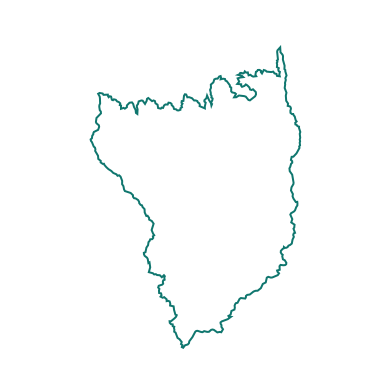 Taguatinga, Tocantins, Brazil (Mercator projection), rotated 278°
{"feature_id": "56859067B84121819426000", "entity_name": "Taguatinga", "entity_type": "district", "adm_level": 2, "iso_a3": "BRA", "parent_name": "Brazil", "parent_adm1": "Tocantins", "projection": "mercator", "projection_center": [-46.525, -12.349], "detail": "fine", "context": "isolated", "style": "outline", "palette": "teal", "viewbox_px": 384, "rotation_deg": 278, "n_neighbors": 0, "source": "geoboundaries", "source_scale": "gbopen_adm2", "svg_char_len": 6039}
<svg xmlns="http://www.w3.org/2000/svg" viewBox="0 0 384 384"><g transform="rotate(278 192 192)"><path d="M137.3,293.4L138.0,291.4L141.0,290.3L142.4,290.6L143.2,289.3L144.5,288.3L146.1,288.2L148.3,289.7L149.0,290.8L150.3,290.7L149.6,291.9L149.9,293.1L150.7,294.3L152.3,295.0L153.2,296.5L154.8,298.0L158.9,298.2L161.7,299.1L163.5,298.2L165.2,298.5L165.9,299.7L169.8,297.6L171.0,298.2L173.9,298.1L175.7,294.5L179.1,295.1L183.3,292.5L184.7,293.0L187.0,295.8L188.3,296.6L191.5,297.3L193.3,298.2L195.4,298.0L196.9,297.6L196.5,296.2L199.6,293.4L201.7,292.2L204.0,292.2L207.3,289.8L210.5,289.9L213.9,291.3L215.3,291.3L223.1,288.8L226.2,285.9L229.0,285.2L230.6,285.8L233.7,286.2L235.0,287.2L236.5,286.9L237.5,285.5L240.7,285.8L241.1,287.5L244.8,290.1L250.6,292.3L252.1,291.8L253.2,292.5L255.8,291.8L257.3,292.0L258.8,291.4L260.8,291.6L264.6,290.6L266.5,290.9L270.2,289.1L271.6,288.9L271.9,287.3L273.0,286.3L273.3,285.0L275.0,284.6L276.4,285.8L277.7,284.6L281.1,283.2L282.0,282.1L283.3,281.4L283.1,280.1L284.1,278.5L286.3,278.1L288.2,278.4L289.6,277.9L290.4,276.9L290.6,274.8L293.0,274.8L295.4,272.6L300.4,271.5L303.5,271.7L307.9,269.3L311.5,269.3L312.9,268.9L316.0,269.3L317.7,268.6L320.5,269.4L324.5,267.6L325.8,267.4L326.6,266.4L330.0,266.1L335.7,263.6L339.3,263.2L340.6,262.5L342.6,260.2L347.5,259.2L344.1,256.9L342.7,256.8L335.0,258.7L334.0,257.8L332.8,258.5L331.6,258.0L330.0,258.6L327.5,258.7L326.7,260.7L325.0,260.4L323.7,261.1L323.2,262.3L320.3,262.1L318.8,262.8L318.8,260.0L320.7,259.2L320.9,257.2L322.5,255.7L321.8,253.8L321.6,249.2L322.5,247.9L322.8,246.1L319.1,244.8L320.3,243.5L321.6,243.5L322.3,241.9L322.0,240.2L320.6,239.6L319.9,238.6L316.9,238.5L315.6,239.5L314.8,236.5L315.3,234.9L316.2,233.6L315.4,231.8L318.2,230.6L317.7,229.1L318.8,227.5L317.2,227.0L316.5,226.0L316.8,224.6L316.6,223.2L315.3,222.7L314.4,221.3L314.2,224.9L312.9,226.8L312.1,223.9L310.9,221.4L307.9,223.4L305.3,221.8L305.5,225.7L304.2,225.8L303.1,226.9L304.4,229.2L306.0,230.3L305.3,231.9L303.5,234.3L301.6,235.2L301.3,236.8L302.2,238.1L299.8,241.3L297.6,241.8L295.6,241.2L290.8,236.6L291.0,235.1L293.9,232.0L294.2,230.4L294.1,225.1L292.0,222.6L291.6,220.5L295.2,221.9L296.0,220.7L296.2,217.9L297.1,216.8L300.9,216.3L301.5,214.9L303.0,214.6L306.6,211.0L306.9,209.7L308.5,208.9L308.5,207.0L307.6,204.7L309.3,204.8L310.8,204.2L310.2,202.9L307.8,201.6L307.5,199.8L306.6,198.4L303.5,197.9L301.0,195.7L297.8,196.3L295.6,195.7L292.5,196.9L291.2,196.9L289.7,198.1L288.3,198.0L287.5,199.4L286.0,199.4L282.6,198.4L285.5,196.0L289.6,193.5L286.9,193.2L284.6,191.5L283.3,191.7L282.4,193.1L278.1,192.8L276.6,193.1L278.1,187.6L279.4,187.6L280.8,186.9L281.6,185.3L282.8,184.6L283.2,182.9L282.9,181.4L284.9,178.9L285.5,175.9L285.1,174.2L287.7,172.7L287.8,171.4L286.2,170.7L281.0,170.8L280.6,169.2L278.9,169.2L278.2,170.3L275.9,169.5L274.6,170.3L273.3,168.9L271.8,169.1L270.9,167.4L270.8,166.0L271.6,164.9L271.7,162.7L273.9,161.6L275.2,159.8L276.4,159.5L277.2,158.2L277.2,156.3L275.2,155.7L275.0,153.5L273.8,152.3L271.2,151.6L271.3,150.2L270.2,149.5L270.4,146.8L273.7,145.7L274.7,143.5L276.9,142.6L277.3,141.2L276.4,139.8L279.0,135.6L278.0,134.5L275.9,134.4L272.7,133.2L275.6,130.4L275.6,129.1L274.3,126.6L271.6,126.3L270.0,125.4L268.7,125.5L266.3,126.6L261.7,127.0L262.5,125.5L265.5,124.7L268.2,122.7L271.0,121.5L272.4,120.1L271.7,117.7L268.7,115.5L266.9,115.7L265.2,113.9L265.8,112.6L264.5,110.1L267.8,109.7L268.0,108.4L269.8,108.6L270.9,107.0L271.3,105.2L272.7,103.7L272.9,101.7L271.9,101.0L272.2,99.8L275.2,98.6L275.4,97.2L274.3,96.3L275.4,95.4L276.7,95.1L275.9,90.8L277.1,89.8L277.2,86.7L276.2,85.4L273.7,87.3L271.9,87.8L266.8,88.7L265.1,88.2L263.5,88.3L260.2,89.3L259.0,90.5L257.2,90.9L252.0,87.1L248.0,87.1L246.8,87.8L245.1,90.5L243.6,91.0L240.5,90.4L237.8,86.5L236.5,86.1L235.2,86.2L234.0,85.4L231.2,85.4L230.0,84.3L228.6,84.8L227.4,86.0L223.3,88.4L222.5,89.7L220.9,90.4L219.2,90.4L214.8,93.9L211.7,94.6L210.1,97.3L208.6,97.4L207.4,99.7L207.7,100.9L206.5,101.6L204.6,103.8L203.0,106.1L201.6,109.2L199.9,111.4L199.0,114.7L197.7,116.0L198.4,117.5L197.3,119.1L193.3,121.3L190.0,121.7L188.2,123.3L185.2,124.3L183.6,125.4L182.5,131.4L180.6,134.0L179.1,134.2L177.8,135.5L177.8,137.1L176.5,139.8L174.9,141.0L173.6,141.3L172.1,142.9L171.8,144.4L170.4,145.0L168.4,147.4L165.2,148.0L161.9,150.1L162.3,151.3L160.4,153.1L158.7,153.4L157.7,156.2L155.3,158.4L148.7,157.3L145.3,159.3L143.9,160.6L142.7,159.4L141.2,160.0L139.8,159.2L139.3,157.2L137.6,156.8L136.3,155.9L133.2,155.9L130.6,154.6L125.9,154.3L125.1,152.8L123.6,153.1L122.2,154.0L120.7,156.6L119.5,157.5L115.6,158.7L116.4,159.7L111.6,161.1L106.6,160.4L106.1,164.6L105.1,166.0L105.6,167.6L104.9,169.0L105.1,171.7L103.4,174.0L105.7,175.8L104.8,176.8L103.3,176.5L101.3,177.1L100.5,175.8L99.0,175.6L97.2,176.2L96.2,175.5L94.5,172.1L92.7,171.8L91.5,173.2L90.0,173.0L87.4,173.5L87.3,175.5L85.5,176.2L84.0,175.4L83.2,177.7L84.0,179.1L82.2,181.8L80.4,182.1L80.9,183.5L80.5,185.1L78.5,186.0L76.5,186.1L76.2,189.7L72.6,190.7L68.3,192.6L67.9,194.0L66.3,193.6L64.6,192.4L61.0,189.1L60.9,187.8L59.3,188.2L58.2,189.6L58.2,191.3L56.4,191.6L56.1,193.2L54.7,193.1L53.2,193.7L51.2,193.8L50.5,195.3L45.5,198.0L44.5,200.1L42.0,202.7L39.9,202.3L39.0,203.9L37.0,203.5L36.5,204.9L39.3,206.5L40.4,209.0L41.8,210.0L43.8,210.1L48.3,212.6L54.1,214.7L55.0,215.6L55.3,216.9L54.6,220.7L54.7,222.0L55.9,223.4L55.6,226.4L55.9,228.2L58.2,230.2L58.7,231.6L58.5,232.9L56.5,236.6L57.3,239.0L57.2,240.5L60.4,241.8L62.5,239.9L64.3,239.7L65.5,238.7L66.8,238.4L68.0,239.5L71.1,245.2L73.6,247.7L73.4,246.1L74.3,245.3L75.9,247.3L79.7,247.6L81.5,250.4L83.5,250.5L85.4,250.0L87.1,250.4L88.1,251.0L88.6,252.5L92.8,254.0L93.8,255.2L93.9,259.5L95.0,260.0L96.6,259.9L97.8,261.0L98.5,263.5L102.0,266.8L103.0,268.6L103.4,270.8L104.7,272.0L106.4,273.6L110.8,274.9L112.7,277.6L117.6,278.0L118.6,279.3L118.2,282.1L118.6,283.5L121.6,288.5L123.6,289.5L124.9,287.8L126.1,287.2L127.2,289.7L130.7,289.0L132.1,289.8L132.2,292.9L132.6,294.4L133.5,295.3L135.0,295.3L137.3,293.4ZM282.6,198.4L281.9,199.6L280.3,199.2L282.6,198.4Z" fill="none" stroke="#0f766e" stroke-width="2"/></g></svg>